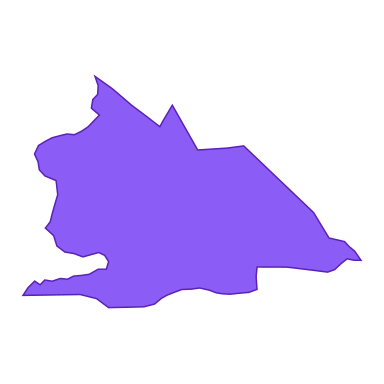 the district of Forquetinha, Rio Grande do Sul, Brazil
{"feature_id": "56859067B13427255832164", "entity_name": "Forquetinha", "entity_type": "district", "adm_level": 2, "iso_a3": "BRA", "parent_name": "Brazil", "parent_adm1": "Rio Grande do Sul", "projection": "orthographic", "projection_center": [-52.137, -29.38], "detail": "fine", "context": "isolated", "style": "filled", "palette": "violet", "viewbox_px": 384, "rotation_deg": 0, "n_neighbors": 0, "source": "geoboundaries", "source_scale": "gbopen_adm2", "svg_char_len": 1208}
<svg xmlns="http://www.w3.org/2000/svg" viewBox="0 0 384 384"><path d="M38.5,145.5L34.5,154.0L38.1,161.9L39.3,169.8L45.0,176.0L56.1,180.6L57.7,194.8L55.1,203.5L52.4,213.0L50.2,221.8L45.4,228.1L53.7,235.7L56.9,246.0L65.0,252.1L73.8,253.5L83.0,256.9L90.8,254.7L98.8,252.5L104.7,255.4L108.6,261.6L106.3,269.2L98.2,269.2L89.2,274.3L81.5,275.4L73.6,276.1L67.5,279.2L60.2,278.5L52.1,281.2L44.8,280.0L40.1,284.8L34.7,281.1L28.1,287.6L23.0,295.4L80.1,294.5L96.5,298.6L108.6,307.6L128.7,307.2L143.9,306.8L154.7,304.0L161.3,298.4L167.0,295.2L173.0,292.8L181.8,289.5L191.4,289.1L199.6,288.0L209.1,290.1L216.2,292.8L222.5,293.8L230.1,294.2L240.3,293.1L248.8,292.4L257.0,289.4L256.1,276.4L257.1,267.0L286.6,267.1L293.0,267.8L300.9,268.8L311.0,270.0L319.6,271.1L327.7,272.1L334.7,269.6L340.4,264.2L347.1,258.8L353.7,260.2L361.0,260.3L354.7,251.2L348.9,246.4L344.6,241.6L329.0,238.0L313.6,212.6L243.7,145.9L227.0,148.1L197.7,150.0L172.3,105.2L163.6,119.9L159.8,126.7L147.1,116.9L131.7,105.3L112.3,88.7L95.0,76.4L98.2,85.7L97.6,94.5L92.8,99.5L91.4,108.2L99.4,115.1L93.8,120.9L88.0,126.9L81.4,131.3L74.4,134.7L66.9,134.0L59.9,135.7L52.0,137.8L45.0,141.5L38.5,145.5Z" fill="#8b5cf6" stroke="#5b21b6" stroke-width="1.5"/></svg>